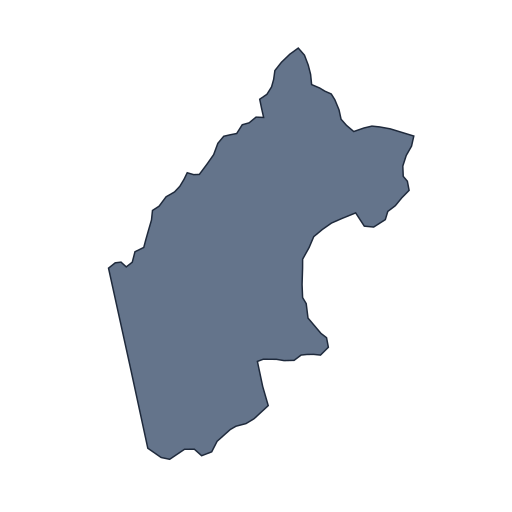 Vieirópolis, Paraíba, Brazil, rotated 186°
{"feature_id": "56859067B9721809785245", "entity_name": "Vieirópolis", "entity_type": "district", "adm_level": 2, "iso_a3": "BRA", "parent_name": "Brazil", "parent_adm1": "Paraíba", "projection": "equal_earth", "projection_center": [-38.281, -6.562], "detail": "fine", "context": "isolated", "style": "filled", "palette": "slate", "viewbox_px": 512, "rotation_deg": 186, "n_neighbors": 0, "source": "geoboundaries", "source_scale": "gbopen_adm2", "svg_char_len": 1443}
<svg xmlns="http://www.w3.org/2000/svg" viewBox="0 0 512 512"><g transform="rotate(186 256 256)"><path d="M228.2,108.5L235.7,126.9L243.6,151.3L238.0,154.1L224.9,155.4L217.2,154.9L207.2,156.2L200.8,162.2L195.1,163.4L188.4,164.2L181.5,164.2L174.5,172.8L177.3,182.1L183.3,185.8L197.8,199.7L201.1,213.9L205.3,219.5L207.2,232.4L208.4,248.7L209.3,257.7L204.1,269.9L200.6,281.3L192.7,289.4L184.3,296.7L174.3,302.4L161.4,309.3L151.4,297.0L142.0,297.1L131.2,305.7L129.6,314.1L122.7,320.6L117.1,329.1L110.6,337.3L113.3,346.2L117.9,350.6L119.4,360.8L117.1,371.7L112.8,381.5L111.6,391.8L135.8,396.5L146.6,397.3L154.3,397.3L162.0,394.6L171.8,390.0L179.7,395.4L185.7,400.9L188.7,410.0L193.9,419.6L198.1,425.0L204.7,427.1L210.2,429.7L218.6,432.3L220.7,442.4L224.0,451.3L228.8,460.8L235.7,467.2L243.4,460.3L250.9,451.4L256.6,442.4L256.9,433.5L258.2,425.8L262.0,418.0L268.7,412.3L265.9,403.5L262.9,394.6L270.5,394.1L276.8,387.7L283.4,385.1L288.0,375.8L294.2,373.9L300.6,371.7L305.7,364.1L308.7,352.4L314.4,342.1L320.9,331.2L326.5,330.4L333.1,331.6L335.6,324.7L339.0,317.4L343.7,311.2L351.6,305.5L357.6,295.4L363.7,290.5L363.7,280.9L365.7,269.8L367.3,260.6L368.5,252.8L376.8,247.6L378.4,236.9L383.9,231.6L389.6,235.8L395.3,234.5L401.4,228.5L368.7,130.2L343.5,53.5L329.3,45.7L320.6,44.8L306.9,56.3L297.1,57.4L289.2,51.7L279.6,56.6L275.3,67.7L263.5,80.7L258.2,84.6L248.4,88.3L240.9,94.0L228.2,108.5Z" fill="#64748b" stroke="#1e293b" stroke-width="1.5"/></g></svg>